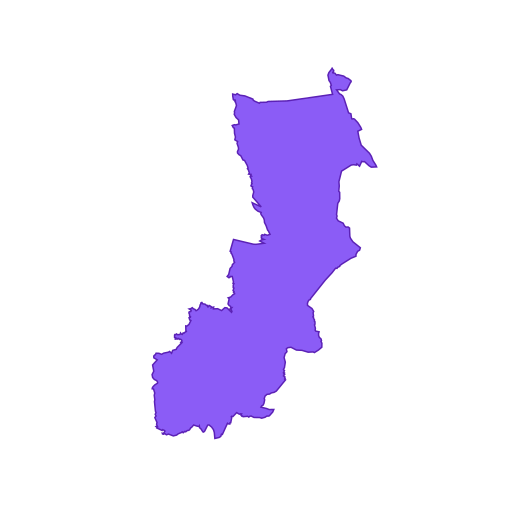 Ajalpan, Puebla, Mexico, rotated 301°
{"feature_id": "50627088B30367983369088", "entity_name": "Ajalpan", "entity_type": "district", "adm_level": 2, "iso_a3": "MEX", "parent_name": "Mexico", "parent_adm1": "Puebla", "projection": "albers", "projection_center": [-97.164, 18.435], "detail": "fine", "context": "isolated", "style": "filled", "palette": "violet", "viewbox_px": 512, "rotation_deg": 301, "n_neighbors": 0, "source": "geoboundaries", "source_scale": "gbopen_adm2", "svg_char_len": 6096}
<svg xmlns="http://www.w3.org/2000/svg" viewBox="0 0 512 512"><g transform="rotate(301 256 256)"><path d="M385.5,156.2L383.7,155.5L382.8,152.6L381.1,153.7L378.4,156.0L378.3,156.7L379.0,157.6L378.3,158.5L377.8,158.2L376.6,160.1L374.8,161.8L368.7,163.0L367.7,163.9L366.2,164.4L364.4,167.6L363.7,170.9L360.4,173.4L357.9,171.1L357.4,169.8L355.6,168.4L354.3,170.5L354.4,171.6L350.1,174.4L347.4,177.1L344.7,178.0L344.6,181.3L342.7,181.8L340.2,184.8L338.6,186.0L336.0,186.3L334.8,187.1L334.1,189.2L334.1,191.3L331.6,195.4L332.0,197.0L329.1,201.9L327.3,203.9L326.4,203.7L326.1,204.8L323.8,207.5L322.4,207.5L323.4,209.7L322.4,210.0L322.2,211.0L321.2,210.0L320.9,210.2L319.7,212.3L317.9,214.1L316.3,214.5L316.1,215.3L313.8,215.4L313.3,216.0L313.7,217.3L311.8,218.2L311.6,219.2L309.7,221.1L306.1,222.1L304.8,222.9L300.8,235.2L299.7,225.3L298.1,227.1L296.6,229.3L295.8,231.3L295.4,234.6L296.0,238.0L295.1,238.1L294.2,239.0L292.5,242.9L291.2,244.5L289.1,246.0L287.2,249.0L284.1,252.7L284.1,253.2L281.8,256.9L279.6,255.0L279.0,252.2L277.9,252.2L277.4,250.3L276.5,250.1L275.8,250.1L275.4,251.1L274.3,251.1L273.9,251.9L274.3,254.2L272.7,252.5L270.8,251.5L271.1,256.4L266.0,250.0L264.8,247.8L258.6,228.2L246.7,231.4L246.6,232.8L245.7,233.0L245.2,234.4L241.6,238.9L240.3,239.6L239.6,240.9L236.4,240.2L234.7,240.8L232.0,240.2L226.1,242.1L223.6,241.8L223.4,244.0L224.3,244.6L225.1,244.4L226.2,246.2L222.1,250.1L220.7,250.4L220.9,251.3L219.2,251.5L217.7,252.6L216.9,252.1L217.2,252.3L217.1,253.6L214.6,254.1L214.3,255.4L213.4,255.3L213.0,256.8L212.6,257.1L211.0,256.2L207.9,255.5L205.8,253.7L205.5,255.0L200.5,256.7L199.7,258.5L199.7,260.1L198.8,261.2L199.3,261.9L198.4,261.8L197.9,261.0L197.4,261.0L197.1,262.6L196.0,264.0L195.1,264.0L196.6,257.9L195.7,255.9L191.5,254.6L191.1,250.3L188.7,246.7L190.4,246.0L188.6,244.3L189.5,244.1L189.6,241.7L187.6,241.1L188.0,240.2L188.7,240.0L188.2,239.1L188.5,237.1L187.6,235.1L188.3,233.5L187.2,232.9L186.6,233.4L185.4,233.3L183.2,234.0L180.9,234.0L178.6,233.1L178.2,232.7L178.8,231.2L178.5,229.5L178.9,228.0L177.1,227.1L176.4,226.2L176.2,226.0L176.1,228.4L174.8,228.7L173.7,227.5L172.6,227.8L172.1,228.7L170.0,230.3L170.3,231.0L169.7,231.3L168.6,230.4L167.0,232.2L167.2,233.4L162.8,233.8L160.3,232.8L159.9,231.8L155.8,234.4L155.4,235.7L155.3,234.8L152.8,234.0L152.6,233.2L150.8,233.2L150.6,232.5L151.1,231.0L150.2,231.3L149.5,231.1L148.2,229.4L148.2,227.9L147.3,227.8L146.9,226.9L146.3,226.9L144.3,228.1L144.5,229.0L143.2,229.5L143.5,230.3L144.7,230.6L144.5,231.8L145.5,232.2L145.2,233.7L145.8,234.2L145.8,235.3L145.1,236.2L143.2,236.1L143.7,237.1L143.4,237.1L137.0,235.5L134.9,235.7L132.2,233.2L129.1,233.7L129.7,231.1L128.5,230.5L125.2,226.9L123.1,225.7L122.6,222.9L121.2,220.4L119.5,220.6L118.9,220.1L117.5,219.9L116.1,220.9L116.1,224.8L109.3,223.5L104.6,227.7L100.8,228.0L98.6,230.0L97.8,232.4L98.0,235.2L97.1,236.7L96.2,237.1L93.6,235.7L91.2,235.1L89.9,235.0L88.7,235.4L89.2,236.7L86.4,239.8L84.2,240.5L80.7,243.3L79.0,243.9L71.2,249.7L70.2,251.0L68.4,251.1L67.4,252.7L65.4,252.5L62.3,256.9L60.6,257.4L59.2,259.3L58.9,258.4L58.3,258.1L58.3,259.6L57.5,259.6L58.1,265.4L59.1,265.5L59.3,267.7L58.8,268.2L57.0,268.1L56.0,267.9L55.8,267.0L55.3,267.5L55.5,268.4L56.8,269.4L56.6,271.3L58.3,272.7L59.2,277.8L61.6,280.2L63.5,280.9L66.3,283.0L67.1,283.2L67.4,283.6L67.0,284.6L69.1,285.4L69.1,286.3L71.0,287.0L72.0,288.2L73.1,288.6L75.1,288.5L75.7,289.0L79.0,289.6L79.8,293.1L80.6,295.0L81.1,295.0L79.8,296.0L79.4,298.0L77.9,301.0L78.1,301.8L79.5,302.2L86.1,301.7L87.0,302.7L86.5,306.1L85.2,309.0L83.3,311.1L78.4,314.7L81.5,317.9L83.2,318.7L85.5,318.2L85.7,319.1L97.9,317.7L97.8,318.6L98.5,320.1L99.7,319.6L100.1,320.2L104.8,318.5L105.5,317.6L106.0,317.6L106.5,318.9L111.8,320.1L111.8,323.2L112.8,324.0L113.2,325.0L111.9,325.0L111.4,326.4L111.9,326.9L111.6,327.7L114.3,331.4L114.2,332.8L115.4,333.2L116.3,334.2L116.6,337.5L119.4,342.3L119.9,344.4L122.4,346.8L124.3,347.7L125.4,349.4L126.1,349.8L130.9,350.7L133.6,350.3L131.2,346.4L130.7,343.6L129.0,338.1L130.5,338.1L131.9,338.9L133.8,338.7L137.2,337.5L138.0,336.5L140.6,335.9L143.1,336.7L144.7,338.8L146.6,339.7L148.4,341.7L150.7,343.0L165.0,345.1L165.0,344.2L165.9,344.2L166.2,343.3L167.2,343.2L167.4,341.3L169.3,341.5L169.3,340.5L170.3,340.7L170.2,339.7L171.1,339.8L171.8,339.2L172.4,339.4L173.0,337.9L174.9,337.9L180.1,335.8L183.4,332.4L187.2,331.3L189.9,331.8L192.1,329.8L193.7,330.4L195.8,333.0L196.2,339.1L198.8,344.0L200.4,350.2L203.2,354.4L203.3,355.8L207.6,358.0L211.7,359.4L215.2,357.4L216.3,355.7L217.2,355.7L218.4,354.5L218.9,352.1L220.1,350.6L221.9,349.5L223.5,349.1L222.4,345.9L222.8,345.0L224.7,344.1L227.1,341.6L227.9,341.7L230.0,340.4L230.2,339.6L231.3,339.1L232.2,337.5L233.5,336.5L233.3,336.1L234.5,336.0L236.7,334.2L238.2,334.0L239.8,331.0L240.2,325.6L242.1,324.4L244.2,324.0L245.7,324.2L246.8,325.0L247.5,324.7L271.0,327.8L280.7,329.8L286.5,330.5L287.1,331.8L288.3,331.8L290.2,333.1L291.0,332.8L293.5,333.8L303.0,338.6L307.3,341.8L308.8,340.9L312.3,340.7L314.3,341.8L316.8,341.2L318.1,331.7L319.9,327.8L321.2,326.3L328.1,321.8L328.3,320.0L327.1,318.3L327.4,316.3L329.0,313.8L328.5,308.3L329.9,305.5L332.0,304.9L333.0,303.7L343.2,299.0L346.1,299.0L348.2,298.3L353.7,294.9L354.1,293.6L358.9,291.3L362.4,288.8L372.8,285.6L383.0,290.8L384.5,292.6L385.6,295.2L386.9,295.0L386.3,298.5L391.6,297.9L391.8,299.1L392.8,300.3L391.6,306.3L391.5,309.0L394.5,313.5L395.7,311.8L398.1,307.0L400.9,303.5L402.5,300.4L405.2,289.1L410.3,283.5L415.4,279.0L418.9,281.3L420.2,279.6L422.7,274.7L424.0,270.1L424.0,269.1L422.9,267.7L423.2,267.1L426.8,264.1L426.4,261.6L436.0,250.7L437.8,248.0L438.2,245.7L438.0,244.1L439.9,239.5L442.0,242.5L442.2,245.1L445.1,248.2L453.1,247.6L454.4,247.8L455.2,247.1L455.6,243.4L455.1,241.8L455.4,238.5L453.6,232.8L452.5,231.8L453.3,229.5L452.6,227.5L453.0,227.2L454.0,227.5L455.2,227.0L455.5,225.4L456.7,224.3L455.7,224.6L450.8,224.0L448.1,224.5L444.0,228.2L443.0,230.4L441.0,232.7L439.8,232.4L434.0,238.4L404.9,202.7L394.7,186.8L393.2,185.8L389.8,180.4L388.7,180.2L388.0,174.9L388.2,173.3L388.9,172.5L387.5,164.0L385.5,159.3L385.5,156.2Z" fill="#8b5cf6" stroke="#5b21b6" stroke-width="1.5"/></g></svg>